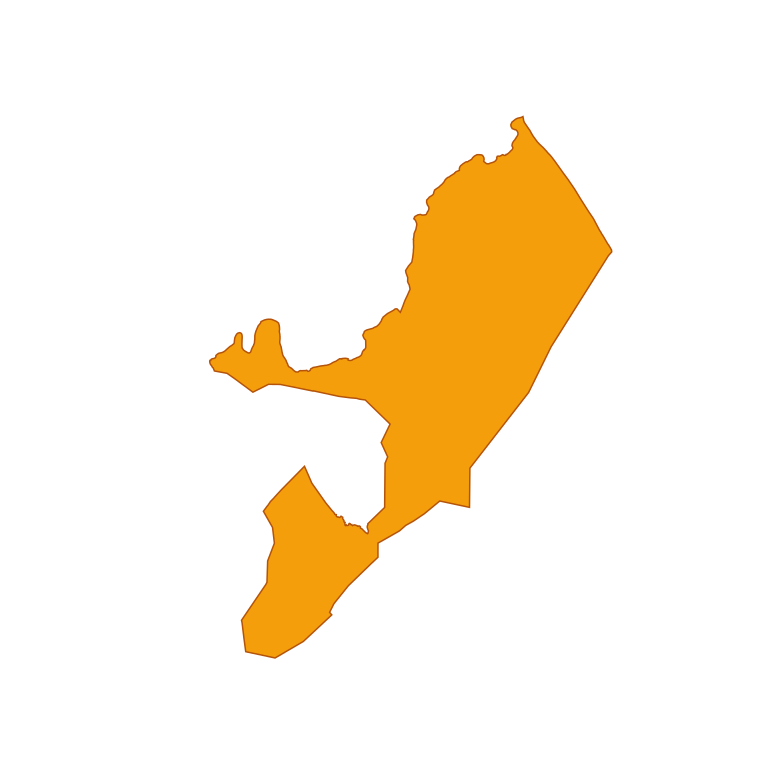 the district of Santiago Jamiltepec, Oaxaca, Mexico, rotated 199°
{"feature_id": "50627088B72731607601772", "entity_name": "Santiago Jamiltepec", "entity_type": "district", "adm_level": 2, "iso_a3": "MEX", "parent_name": "Mexico", "parent_adm1": "Oaxaca", "projection": "robinson", "projection_center": [-97.731, 16.225], "detail": "fine", "context": "isolated", "style": "filled", "palette": "amber", "viewbox_px": 768, "rotation_deg": 199, "n_neighbors": 0, "source": "geoboundaries", "source_scale": "gbopen_adm2", "svg_char_len": 6107}
<svg xmlns="http://www.w3.org/2000/svg" viewBox="0 0 768 768"><g transform="rotate(199 384 384)"><path d="M263.0,295.2L275.4,332.4L244.5,423.1L238.1,473.7L213.6,578.4L211.7,583.0L212.5,584.8L216.8,588.5L217.8,589.1L219.0,590.1L224.9,595.2L226.8,596.6L228.7,598.4L230.0,599.3L239.9,608.6L246.6,613.6L257.9,622.6L267.2,630.3L277.0,637.6L283.0,641.7L294.6,650.0L299.5,653.3L301.7,654.6L304.0,655.7L306.3,657.1L310.4,659.3L315.3,661.5L317.9,662.9L322.7,666.2L324.7,667.7L328.9,671.5L330.4,672.5L336.4,677.0L337.5,678.2L339.7,682.1L341.1,680.7L343.9,679.0L345.3,677.8L346.2,676.6L348.3,673.2L348.5,670.3L347.9,669.3L347.7,668.8L345.9,667.2L344.2,667.2L343.3,667.0L342.6,667.3L342.2,667.3L340.2,666.4L339.1,665.0L338.7,664.0L338.6,663.1L338.8,661.4L339.3,660.0L339.3,659.2L339.6,658.6L339.8,657.3L340.5,655.9L340.9,653.9L340.9,652.9L340.7,651.3L340.5,650.8L339.3,649.8L338.9,648.6L339.2,647.2L340.3,645.2L340.9,643.7L342.5,641.1L342.8,640.9L343.1,641.0L343.3,640.9L343.5,639.9L344.4,639.4L344.9,639.3L346.4,639.5L346.9,639.2L347.0,638.9L347.7,638.0L347.8,638.0L348.6,637.2L349.0,636.9L350.1,636.7L351.0,636.2L351.2,635.0L350.8,634.4L350.7,632.9L351.1,631.8L351.1,631.4L352.6,629.5L354.6,628.0L355.6,627.4L356.2,626.7L357.1,626.1L358.8,625.7L362.2,626.9L362.5,629.1L363.4,630.7L364.4,631.6L365.3,632.2L366.2,632.4L368.8,631.8L370.7,631.1L372.2,629.5L372.8,628.8L373.8,626.9L374.3,625.0L375.5,623.5L376.5,622.5L376.8,621.9L377.6,621.1L378.1,621.1L379.1,620.4L381.1,617.8L382.6,615.3L383.0,613.7L382.9,612.3L382.3,610.5L384.8,608.4L385.2,607.9L385.7,606.7L385.9,606.6L385.9,606.1L388.9,602.4L389.7,601.1L390.9,600.1L391.9,598.6L392.6,597.1L393.0,594.8L393.9,592.3L396.0,588.6L396.2,588.0L398.1,585.6L399.3,583.8L399.2,583.4L399.3,582.4L399.3,581.1L399.1,580.3L399.2,579.6L399.5,578.6L402.1,575.3L402.2,574.7L403.5,571.8L402.9,569.7L401.3,567.5L399.3,566.0L398.7,564.6L398.5,563.6L398.5,562.9L398.7,561.6L398.9,561.3L399.2,558.3L399.6,557.7L401.4,556.7L403.2,556.1L404.8,556.2L407.0,555.0L409.2,552.6L409.3,551.9L409.5,551.8L409.5,551.3L409.4,551.3L409.6,549.9L408.6,549.6L407.4,548.8L405.7,546.9L405.3,546.3L405.0,545.5L404.8,545.1L404.2,540.7L404.5,536.1L403.7,532.7L403.3,530.1L402.7,529.5L402.8,529.2L402.3,527.7L400.5,523.0L399.8,520.1L399.3,518.7L398.1,513.1L397.4,508.3L399.3,503.4L400.5,498.3L399.5,496.4L396.2,492.3L395.0,488.5L393.6,486.9L392.5,486.0L390.2,482.1L390.9,474.0L391.3,470.9L391.5,467.1L391.5,463.8L391.9,457.1L396.2,459.3L397.9,458.6L399.1,456.7L403.6,451.8L406.6,447.0L406.7,446.0L407.1,444.7L407.1,442.6L408.2,438.7L409.7,436.0L411.7,434.3L412.7,433.0L417.3,429.9L418.4,429.0L419.2,428.0L419.6,427.4L419.7,426.7L419.6,426.0L419.9,423.9L419.8,423.1L418.4,421.3L416.9,420.1L416.3,420.0L415.6,419.4L414.1,415.4L413.3,413.1L413.1,411.7L413.9,409.5L414.2,409.6L414.8,407.7L414.8,404.6L415.2,403.1L416.9,401.0L418.0,400.3L419.4,398.8L421.2,397.3L421.7,396.6L422.6,395.7L423.7,395.2L424.6,395.0L425.8,395.0L426.2,396.2L428.8,395.8L431.4,394.7L432.1,394.3L432.0,394.0L432.6,393.7L433.5,393.7L434.2,393.4L437.1,389.6L437.9,389.1L439.8,387.2L440.5,386.2L441.1,385.6L442.1,384.6L444.9,382.7L445.8,382.5L446.5,382.0L450.0,380.3L453.7,378.0L456.5,376.5L456.7,376.0L458.1,374.7L458.2,373.7L458.3,372.8L459.2,371.7L459.8,371.3L460.1,371.2L461.5,371.8L462.2,371.3L466.3,369.7L467.5,369.4L467.8,369.2L468.2,368.8L469.0,367.8L469.2,367.3L469.5,367.2L471.5,366.7L473.7,367.4L476.9,368.9L477.4,368.8L478.1,369.1L479.8,369.4L481.0,370.5L481.6,371.5L483.1,372.9L484.1,374.2L485.3,375.3L488.2,377.5L489.1,378.4L490.6,380.7L493.4,385.7L494.7,387.2L495.8,388.7L496.3,389.9L497.0,392.7L497.8,395.1L498.0,395.4L498.7,397.1L500.0,399.4L500.3,400.4L500.5,401.6L501.3,403.6L502.1,405.2L503.5,407.2L504.6,407.7L506.3,408.2L510.2,408.5L512.1,408.4L512.4,408.2L514.2,407.7L515.9,406.9L517.9,405.6L520.6,403.0L520.6,401.4L521.9,397.9L522.3,392.2L522.2,390.2L521.9,387.8L521.0,385.0L520.7,384.4L520.7,383.9L519.8,380.2L520.0,378.8L519.9,378.2L520.5,374.5L520.5,371.0L520.9,370.1L521.6,369.4L522.5,369.2L523.7,369.3L524.5,369.6L525.2,369.6L527.9,370.4L529.1,371.4L529.7,371.7L530.3,372.8L531.3,375.4L532.7,379.9L533.4,382.3L534.2,384.1L535.0,385.1L535.7,385.5L537.1,385.6L538.7,384.6L539.5,383.3L539.9,381.5L540.1,379.2L539.7,377.0L539.0,374.0L539.1,373.2L540.4,371.1L541.8,369.4L543.6,366.3L544.3,365.0L545.2,363.4L546.1,362.2L546.3,362.1L547.1,361.2L548.2,360.5L549.9,359.5L550.5,359.0L551.4,357.7L552.1,356.5L552.2,356.0L551.8,354.8L552.0,353.9L553.1,352.8L554.7,351.9L555.4,351.1L555.5,350.8L555.5,350.0L555.9,350.1L556.1,350.0L556.3,349.1L556.0,348.3L555.5,347.3L554.6,346.2L552.2,344.5L551.8,344.0L550.9,343.7L549.7,342.4L548.6,341.1L535.9,343.0L527.2,340.5L505.3,333.6L493.1,346.1L482.0,349.8L448.8,354.2L448.7,354.5L422.7,357.6L411.2,360.0L405.3,361.5L402.1,361.7L396.5,362.8L365.2,348.1L367.6,327.7L356.8,316.3L357.2,309.4L343.2,267.5L353.8,246.6L353.4,245.5L353.6,244.5L353.3,243.2L352.1,241.4L350.8,240.0L350.6,237.4L350.8,237.1L352.9,237.5L357.2,239.6L357.7,239.9L359.2,240.0L359.4,240.5L359.6,240.5L359.8,241.2L360.1,241.5L360.7,241.7L361.4,241.7L362.3,240.9L362.6,240.9L362.8,241.2L364.6,241.3L366.1,241.2L366.5,240.8L367.1,240.6L367.5,239.9L368.6,240.2L368.8,240.5L369.1,240.2L369.6,240.2L370.2,240.5L370.5,240.9L371.4,240.9L371.5,240.8L371.7,240.2L371.5,239.2L371.9,238.6L373.1,238.1L373.4,238.1L373.8,238.5L374.1,237.7L374.4,237.6L374.6,237.7L375.5,239.0L375.7,240.5L375.9,240.5L376.3,240.4L376.7,240.5L377.0,240.7L377.3,241.7L378.0,242.4L378.7,242.8L379.1,243.2L379.4,243.6L379.6,244.2L379.6,244.5L381.6,245.0L382.2,243.7L382.6,243.3L383.9,243.4L384.8,243.1L385.7,243.3L386.4,243.9L386.6,245.0L388.1,244.8L389.6,246.2L391.3,247.0L400.2,252.5L419.9,266.7L432.4,280.3L446.6,250.6L449.1,244.9L451.4,239.5L453.1,235.9L454.2,231.7L454.8,230.2L456.6,224.4L442.7,212.1L435.8,197.8L436.4,178.8L430.1,158.4L430.5,155.8L441.8,114.2L440.4,111.9L433.5,97.7L427.6,85.9L425.6,86.1L397.8,89.5L376.4,114.4L358.2,148.7L361.1,150.4L359.8,160.1L352.0,181.7L337.8,209.7L333.3,218.2L337.9,231.6L321.5,250.2L317.4,257.4L311.5,264.0L303.6,274.5L293.2,291.5L263.0,295.2Z" fill="#f59e0b" stroke="#b45309" stroke-width="1.5"/></g></svg>